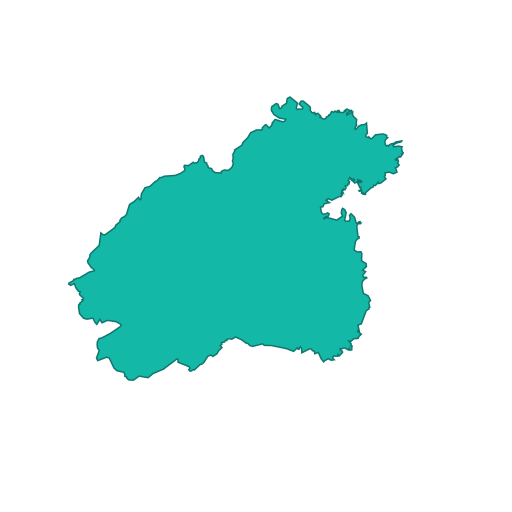 the district of Chuadanga, Khulna, Bangladesh, rotated 220°
{"feature_id": "16705992B19758630986204", "entity_name": "Chuadanga", "entity_type": "district", "adm_level": 2, "iso_a3": "BGD", "parent_name": "Bangladesh", "parent_adm1": "Khulna", "projection": "orthographic", "projection_center": [88.863, 23.601], "detail": "fine", "context": "isolated", "style": "filled", "palette": "teal", "viewbox_px": 512, "rotation_deg": 220, "n_neighbors": 0, "source": "geoboundaries", "source_scale": "gbopen_adm2", "svg_char_len": 6134}
<svg xmlns="http://www.w3.org/2000/svg" viewBox="0 0 512 512"><g transform="rotate(220 256 256)"><path d="M389.7,174.0L382.9,163.3L384.2,152.1L383.9,150.0L382.5,148.1L382.0,144.1L380.4,142.8L374.8,141.3L371.2,141.5L370.3,140.8L373.5,136.3L377.1,125.9L379.1,123.4L379.7,121.2L380.4,121.2L380.2,119.2L381.9,115.1L381.4,114.1L379.1,114.4L377.3,118.1L373.5,115.8L369.4,114.8L367.6,115.6L367.0,113.4L365.8,112.9L361.2,112.7L360.3,111.6L361.2,110.5L359.9,110.2L360.7,106.8L359.9,106.0L360.6,105.0L359.5,103.2L354.1,98.4L347.9,97.5L344.9,99.0L340.9,103.6L336.8,101.7L334.0,101.3L334.9,107.1L331.0,105.8L328.6,110.9L326.0,112.8L320.6,115.9L315.5,116.7L314.6,116.0L314.8,113.9L317.9,102.9L321.7,93.6L323.2,91.9L322.2,88.0L320.8,86.1L318.5,83.8L315.3,82.8L312.6,75.3L310.0,74.1L305.4,82.4L302.8,83.5L292.8,78.9L288.9,78.7L282.6,81.9L280.6,81.2L279.1,79.5L277.3,80.2L276.1,79.3L273.8,79.3L270.0,82.2L268.4,88.8L260.4,93.5L259.4,99.6L254.2,109.8L250.4,126.4L249.2,126.7L247.5,124.5L235.8,128.3L234.4,127.4L234.5,125.7L233.1,125.3L232.1,125.7L230.7,128.9L229.9,129.2L229.1,136.7L228.0,138.3L227.5,140.9L228.5,148.4L226.6,151.3L224.5,151.3L223.1,155.8L223.7,159.6L223.2,164.0L225.8,164.4L225.4,166.5L226.8,167.4L224.8,169.9L225.2,171.8L224.0,172.5L224.7,173.5L223.0,175.8L221.1,176.6L219.6,180.8L213.1,182.6L208.0,182.8L205.8,183.8L203.3,183.4L200.5,184.6L194.6,192.8L192.2,192.9L186.4,197.5L173.0,204.7L165.9,207.1L165.3,212.1L163.6,211.7L163.0,212.6L163.9,214.0L163.6,215.1L161.6,214.4L158.7,211.3L155.2,219.4L153.7,220.3L152.0,219.7L150.1,220.6L148.2,218.9L146.2,222.2L140.1,219.2L136.1,218.4L136.0,220.3L134.4,223.9L131.5,224.4L129.4,226.8L131.6,227.0L132.4,229.0L128.9,231.9L129.9,233.3L128.0,233.1L127.7,237.7L128.4,238.4L131.2,238.2L132.0,239.1L130.5,239.9L130.2,241.3L128.8,242.6L125.2,243.3L125.3,245.0L124.0,243.9L122.3,245.5L124.7,248.9L125.9,248.2L126.5,249.8L130.2,250.6L128.4,251.5L128.0,255.3L124.8,258.6L125.5,260.4L125.1,263.8L129.6,263.5L130.0,264.8L128.6,264.8L133.5,268.6L131.7,271.7L136.4,284.9L135.4,288.2L136.3,288.9L135.9,289.9L139.8,292.8L139.7,295.6L144.7,297.6L149.7,296.3L155.9,301.4L158.1,304.5L158.0,308.2L157.0,310.4L157.6,310.7L160.1,308.9L161.8,309.6L162.0,314.5L165.2,313.7L164.6,318.9L166.7,321.0L172.1,320.2L176.6,326.0L178.4,326.7L180.9,324.2L184.7,323.6L189.2,331.2L189.4,333.8L188.5,335.9L189.4,337.0L190.2,336.3L197.7,343.3L198.9,346.1L196.9,347.6L196.8,348.6L198.3,347.4L197.7,348.7L198.3,349.2L199.3,347.9L199.2,346.2L200.5,345.7L205.5,349.1L210.4,349.5L210.5,347.3L207.9,345.3L207.1,342.7L209.2,340.6L211.0,340.2L214.8,347.2L217.9,348.5L220.3,348.2L220.0,346.4L218.0,343.4L215.3,342.3L217.2,335.4L226.1,331.3L228.4,327.6L228.0,330.3L226.2,333.0L227.0,335.3L228.8,335.1L230.6,331.7L232.1,331.1L234.1,331.5L238.1,335.0L236.4,336.6L237.3,339.9L234.0,344.1L238.8,343.6L237.5,344.5L237.6,346.3L233.7,347.6L230.6,354.8L228.9,356.4L229.6,357.2L229.1,358.1L230.5,358.6L229.6,359.5L230.7,359.3L230.3,360.4L231.5,360.1L232.1,361.4L231.4,361.5L231.1,363.5L233.0,363.0L230.4,364.1L230.9,366.2L232.8,367.2L231.1,368.8L231.9,370.5L231.1,370.9L232.1,373.1L233.9,373.2L234.6,376.3L233.1,375.8L232.9,377.2L232.6,376.0L231.5,375.5L230.7,377.9L228.6,377.2L230.4,376.9L230.3,375.7L227.4,375.3L226.0,377.5L226.1,378.7L227.1,379.8L226.4,380.0L225.4,378.6L224.6,380.2L225.8,381.1L224.4,380.9L224.1,379.8L222.9,381.0L222.7,380.0L225.4,377.5L220.3,375.1L219.9,376.0L218.3,374.2L219.1,372.1L218.2,372.2L217.3,374.1L215.5,372.0L214.8,372.8L213.8,372.1L212.7,372.8L213.4,373.3L211.8,373.7L212.7,374.9L211.7,382.1L210.6,384.0L211.3,385.7L209.8,386.7L209.9,391.0L208.9,390.0L207.3,392.1L206.0,398.6L208.7,399.4L208.8,400.9L210.6,402.7L207.7,406.0L203.6,407.3L201.9,410.9L205.8,413.2L204.8,415.4L204.8,417.7L207.2,418.2L207.6,419.9L209.5,421.2L210.0,419.5L211.8,419.2L210.7,419.9L210.6,420.8L211.5,421.3L210.7,421.3L210.4,424.2L209.2,424.2L208.9,425.2L209.1,427.1L210.0,427.8L209.2,428.3L209.5,429.7L211.2,430.0L214.0,432.4L214.3,433.6L217.5,431.8L220.7,428.2L222.2,428.9L221.0,432.8L218.0,437.1L218.3,437.9L222.3,433.0L222.4,431.6L224.9,428.1L225.4,425.3L226.1,425.5L226.7,424.3L228.5,424.4L230.6,426.2L231.6,428.5L231.2,431.0L231.8,430.6L233.4,432.4L235.4,431.9L237.3,431.0L242.4,425.6L242.7,420.8L243.4,419.6L246.2,419.7L245.9,419.0L248.6,418.0L249.6,419.2L249.6,421.6L256.8,428.9L257.3,426.5L259.4,424.4L260.8,421.4L260.8,417.8L261.6,416.7L262.8,418.5L263.1,421.1L264.1,421.4L266.6,425.3L271.0,425.5L273.0,426.4L274.6,428.6L277.0,422.4L278.2,423.6L276.8,427.8L276.0,428.2L276.4,428.9L277.8,427.7L280.9,427.0L281.8,423.5L280.3,425.3L281.6,421.9L284.0,419.9L286.0,420.9L286.9,419.6L285.5,419.0L285.6,418.4L288.8,417.7L288.8,416.1L290.9,415.3L290.1,411.2L290.9,410.8L290.5,409.4L291.5,407.6L290.9,406.0L292.1,404.4L296.3,403.4L296.2,404.7L300.2,405.1L301.4,403.8L301.1,402.9L302.0,403.4L302.6,402.6L303.5,403.6L304.9,401.7L308.1,402.4L309.7,404.6L311.3,405.1L319.4,405.0L321.0,403.7L320.7,400.2L315.6,399.9L315.1,399.3L315.4,397.7L317.6,396.3L318.4,394.7L320.3,395.3L322.6,399.8L332.2,399.6L333.3,396.8L330.8,392.6L332.3,387.7L331.6,385.5L332.7,384.1L336.7,386.4L338.6,385.7L339.9,380.7L339.0,378.8L337.5,377.3L333.2,375.9L326.7,376.7L321.2,379.9L320.5,378.0L321.7,376.0L329.1,372.9L329.1,368.1L328.4,367.7L327.9,364.6L328.4,362.5L332.6,363.1L333.2,362.5L333.6,358.5L332.4,356.5L336.5,353.0L339.4,347.0L338.4,341.3L339.0,334.8L338.0,331.7L340.6,323.5L339.9,323.0L339.0,319.0L336.1,315.9L335.1,313.6L332.9,312.4L331.5,308.7L331.9,305.2L332.8,303.2L335.2,301.9L336.5,299.8L336.8,297.9L336.0,297.2L340.9,293.6L344.4,293.5L346.2,294.4L349.4,292.9L350.7,294.2L353.0,294.6L353.4,295.5L356.0,294.9L359.6,298.1L361.4,298.7L362.2,298.1L362.7,296.5L361.6,295.1L362.1,294.0L361.1,291.7L361.2,289.4L363.1,287.5L364.4,287.4L365.8,281.9L369.1,279.4L368.5,278.0L366.0,276.8L365.7,275.0L366.8,271.1L369.6,265.9L377.7,258.0L379.0,255.0L380.1,254.4L380.3,249.4L381.0,248.7L382.0,241.2L384.9,236.9L383.7,229.9L380.5,225.2L381.3,224.4L383.7,225.5L384.3,219.7L386.0,214.2L381.9,204.4L382.1,201.6L383.4,198.9L383.1,195.7L382.2,195.1L383.2,189.5L382.4,187.1L385.2,175.3L386.7,174.0L389.7,174.0Z" fill="#14b8a6" stroke="#0f766e" stroke-width="1.5"/></g></svg>